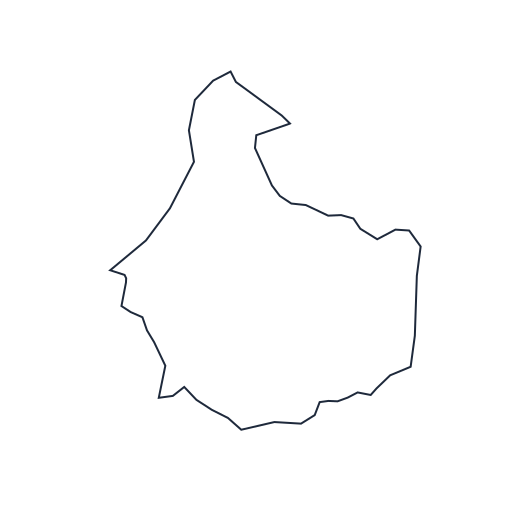 the border of Cimişlia, rotated 243°
{"feature_id": "MDA-1633", "entity_name": "Cimişlia", "entity_type": "District", "adm_level": 1, "iso_a3": "MDA", "parent_name": "Moldova", "parent_adm1": "", "projection": "equal_earth", "projection_center": [28.851, 46.62], "detail": "fine", "context": "isolated", "style": "outline", "palette": "slate", "viewbox_px": 512, "rotation_deg": 243, "n_neighbors": 0, "source": "natural_earth", "source_scale": "10m", "svg_char_len": 862}
<svg xmlns="http://www.w3.org/2000/svg" viewBox="0 0 512 512"><g transform="rotate(243 256 256)"><path d="M431.9,317.1L420.2,317.1L369.5,342.7L358.6,346.4L358.6,346.1L360.7,330.9L363.5,311.1L352.7,304.1L311.6,302.2L298.7,304.5L286.7,311.3L278.8,323.5L259.2,338.6L253.8,350.4L245.2,359.8L232.9,361.3L215.9,371.6L216.2,392.2L209.2,404.0L189.7,407.0L165.3,390.3L112.8,361.3L87.1,343.5L88.8,321.4L83.3,303.3L80.1,295.1L88.3,284.6L88.2,273.4L89.5,262.7L94.0,254.7L96.9,246.4L87.6,236.1L86.2,220.0L99.7,197.0L107.9,164.0L124.4,157.5L139.0,146.8L154.9,137.6L171.9,132.6L169.1,118.4L173.8,105.0L199.4,125.4L225.5,126.1L239.2,125.1L253.0,127.0L262.9,118.9L272.5,113.4L291.4,128.1L295.1,130.2L298.8,130.3L309.5,119.6L319.8,165.0L337.6,201.0L368.1,243.5L398.5,253.3L422.8,272.4L431.7,297.4L431.9,316.9L431.9,317.1Z" fill="none" stroke="#1e293b" stroke-width="2"/></g></svg>